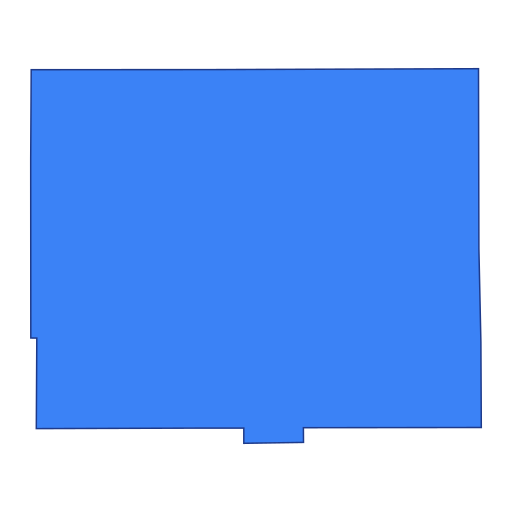 outline of Rice, Kansas, United States of America
{"feature_id": "52423323B49565855345372", "entity_name": "Rice", "entity_type": "district", "adm_level": 2, "iso_a3": "USA", "parent_name": "United States of America", "parent_adm1": "Kansas", "projection": "orthographic", "projection_center": [-98.203, 38.341], "detail": "fine", "context": "isolated", "style": "filled", "palette": "blue", "viewbox_px": 512, "rotation_deg": 0, "n_neighbors": 0, "source": "geoboundaries", "source_scale": "gbopen_adm2", "svg_char_len": 315}
<svg xmlns="http://www.w3.org/2000/svg" viewBox="0 0 512 512"><path d="M478.5,68.7L210.8,69.6L31.2,69.7L30.7,159.3L30.8,338.0L36.8,338.1L36.3,428.6L199.6,428.1L243.8,428.1L243.8,443.3L303.5,442.4L303.4,427.7L481.3,427.5L480.9,342.3L478.9,248.5L478.5,68.7Z" fill="#3b82f6" stroke="#1e3a8a" stroke-width="1.5"/></svg>